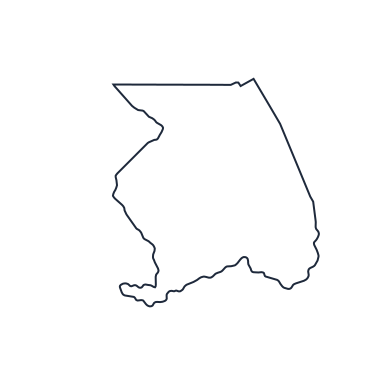 map outline of Nyanza (Albers equal-area conic projection), rotated 151°
{"feature_id": "KEN-1197", "entity_name": "Nyanza", "entity_type": "Province", "adm_level": 1, "iso_a3": "KEN", "parent_name": "Kenya", "parent_adm1": "", "projection": "albers", "projection_center": [34.762, -0.553], "detail": "fine", "context": "isolated", "style": "outline", "palette": "slate", "viewbox_px": 384, "rotation_deg": 151, "n_neighbors": 0, "source": "natural_earth", "source_scale": "10m", "svg_char_len": 3983}
<svg xmlns="http://www.w3.org/2000/svg" viewBox="0 0 384 384"><g transform="rotate(151 192 192)"><path d="M208.6,324.1L183.7,310.2L150.7,291.8L117.7,273.4L106.2,266.9L100.5,266.5L98.4,265.2L98.1,261.1L95.7,261.1L95.1,261.1L83.3,261.1L82.4,229.9L81.9,208.9L84.4,186.8L88.0,155.1L90.8,130.7L90.7,124.8L97.9,106.7L98.4,105.6L100.7,101.7L101.0,101.0L101.2,100.2L101.3,99.3L100.8,96.6L100.8,95.7L101.0,94.8L101.2,94.1L101.6,93.5L101.9,93.1L103.5,91.7L105.3,90.5L106.7,89.8L109.6,88.8L110.0,88.4L110.3,87.9L110.7,86.7L110.8,86.0L111.0,81.0L111.5,77.7L112.1,75.2L112.4,74.6L112.7,74.1L115.4,71.2L120.0,68.4L121.0,68.1L122.5,68.0L125.2,68.2L126.5,68.1L127.5,67.7L128.0,67.2L128.6,66.6L129.0,66.0L130.1,63.0L130.5,62.4L130.9,61.9L131.2,61.7L132.3,60.9L133.0,60.6L133.8,60.3L134.7,60.1L135.9,60.1L137.1,60.1L145.4,61.7L147.2,61.9L148.1,61.8L148.9,61.6L150.2,60.8L151.6,60.1L152.5,59.9L153.6,60.0L154.9,60.6L157.7,63.4L158.3,64.3L158.8,65.8L159.2,68.6L159.3,71.6L159.5,72.5L159.8,73.2L160.2,73.9L168.5,82.3L168.9,83.0L168.9,83.8L168.4,86.2L168.9,87.2L170.1,88.2L172.9,89.4L176.9,91.9L177.7,92.6L178.1,93.3L178.2,94.1L178.2,94.9L177.8,96.6L177.8,101.3L177.2,102.9L176.5,104.2L176.2,105.0L175.8,106.4L175.8,107.0L175.9,107.6L176.2,108.2L176.6,108.9L177.3,109.4L178.2,110.0L179.4,110.2L180.7,110.1L182.6,109.5L186.8,107.7L189.3,107.1L190.2,107.1L193.7,108.1L197.4,109.9L198.4,110.0L199.7,109.8L203.2,108.6L204.5,108.3L205.7,108.3L208.8,108.9L211.1,109.1L214.7,108.1L215.9,108.0L216.7,108.0L217.5,108.2L218.2,108.6L218.9,109.0L221.0,111.0L222.2,112.0L222.9,112.4L223.6,112.6L225.3,113.0L227.3,113.0L230.2,112.6L234.3,112.6L241.6,113.5L242.6,113.4L244.3,113.0L245.0,112.6L247.0,111.4L247.8,111.1L248.7,111.0L249.6,110.9L250.5,110.9L251.2,111.2L251.9,111.6L253.4,113.3L254.0,113.6L254.7,113.7L255.3,113.7L256.0,114.0L257.7,115.4L258.4,115.7L259.1,116.0L259.9,116.1L260.8,116.0L262.3,115.4L263.1,115.1L263.7,114.7L264.2,114.1L265.3,112.0L265.6,111.3L266.1,110.7L266.7,110.3L267.5,110.0L268.4,109.9L269.3,110.0L271.0,110.3L273.3,111.2L275.8,112.8L276.5,113.1L277.3,113.4L278.2,113.4L279.0,113.3L279.7,112.9L281.0,112.1L281.6,111.8L282.0,111.8L282.7,111.8L283.4,112.0L284.1,112.3L284.7,112.7L285.7,113.9L286.1,114.6L286.6,116.1L287.3,120.7L287.8,121.3L288.4,121.8L289.1,122.2L292.1,123.4L292.7,124.0L293.2,124.9L293.2,126.7L293.4,127.8L293.8,128.5L300.8,134.0L301.3,134.6L301.7,135.3L302.0,136.0L302.1,137.4L302.1,138.3L301.3,143.4L301.0,144.2L300.4,144.9L299.2,145.3L298.1,145.3L297.1,145.3L296.3,145.1L295.5,144.8L294.8,144.5L294.1,144.1L293.1,143.1L292.6,142.5L292.3,141.8L291.8,140.1L291.4,139.5L290.8,139.0L290.0,138.8L288.2,138.6L287.3,138.3L286.7,137.9L286.2,137.4L285.8,136.7L284.9,134.5L284.4,133.9L283.8,133.4L283.1,133.1L282.3,133.0L281.5,133.2L280.2,133.8L279.5,134.1L278.7,134.0L277.9,133.8L277.2,133.4L275.5,132.0L273.7,130.7L273.2,130.2L272.7,129.5L271.5,127.5L271.0,127.0L270.5,126.6L269.5,127.2L268.5,128.6L264.9,135.4L263.4,137.1L262.8,137.4L261.2,138.0L260.5,138.4L259.9,138.9L259.4,139.5L259.1,140.4L258.8,141.6L258.6,148.5L258.2,151.1L258.2,152.0L258.1,152.9L257.7,154.0L256.4,156.0L255.8,156.6L254.0,158.1L253.4,158.6L252.1,160.4L251.9,160.8L251.7,162.4L251.7,164.0L251.9,164.9L252.1,165.5L253.1,167.8L253.6,169.4L253.9,170.1L256.4,173.9L256.6,174.6L256.8,175.5L256.2,180.7L256.2,181.5L256.6,183.7L256.7,184.0L256.9,184.5L258.0,186.3L258.3,186.9L258.4,187.5L260.2,204.1L259.9,208.5L259.0,210.9L259.0,212.8L259.4,214.6L262.4,223.1L262.9,225.1L263.0,227.0L261.8,228.4L260.1,229.8L258.0,231.0L256.0,232.6L254.3,234.3L252.4,238.9L251.6,241.8L251.0,243.1L249.9,243.8L248.1,244.5L207.0,256.3L205.8,256.4L200.1,255.9L199.3,255.7L198.7,255.4L197.9,255.1L197.1,255.0L196.3,255.2L195.6,255.5L192.4,257.6L189.7,259.1L187.2,261.0L186.7,261.5L186.2,262.2L186.1,263.6L186.5,265.2L189.2,269.7L189.5,270.7L189.7,272.5L190.1,273.9L191.0,275.8L193.2,278.7L195.0,286.1L195.7,287.1L199.4,289.8L201.6,293.7L202.7,296.4L208.4,322.0L208.6,324.1Z" fill="none" stroke="#1e293b" stroke-width="2"/></g></svg>